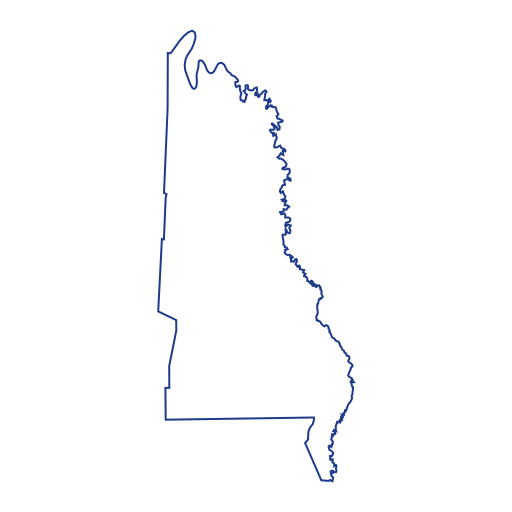 outline of General Manuel Belgrano, Misiones, Argentina
{"feature_id": "61730980B47006381015187", "entity_name": "General Manuel Belgrano", "entity_type": "district", "adm_level": 2, "iso_a3": "ARG", "parent_name": "Argentina", "parent_adm1": "Misiones", "projection": "equal_earth", "projection_center": [-53.829, -25.979], "detail": "fine", "context": "isolated", "style": "outline", "palette": "blue", "viewbox_px": 512, "rotation_deg": 0, "n_neighbors": 0, "source": "geoboundaries", "source_scale": "gbopen_adm2", "svg_char_len": 6031}
<svg xmlns="http://www.w3.org/2000/svg" viewBox="0 0 512 512"><path d="M165.7,419.7L313.9,417.5L314.1,419.3L312.8,424.0L310.0,427.6L309.0,429.8L308.4,432.2L308.0,439.5L305.1,443.0L321.3,480.3L328.6,480.9L330.0,480.0L332.4,481.3L333.1,477.5L331.3,475.6L330.6,471.4L331.4,470.8L333.1,470.8L333.3,471.3L332.9,472.9L334.2,472.0L336.0,472.2L336.5,470.9L335.9,468.7L336.4,466.3L336.1,465.1L335.5,464.9L334.2,466.0L334.2,464.2L333.8,463.1L332.4,462.4L332.8,460.4L332.6,459.3L331.0,459.9L330.1,459.6L330.4,457.7L329.9,456.1L331.1,455.6L331.9,456.0L333.0,454.2L333.2,453.0L331.5,451.0L329.3,449.7L328.6,446.3L329.4,445.7L331.4,447.0L331.8,445.5L331.6,444.9L332.6,444.3L332.3,443.4L332.9,442.7L332.9,441.6L331.2,439.5L331.8,438.0L331.6,436.5L332.1,435.8L332.0,434.8L333.2,435.6L333.4,434.2L335.1,434.0L335.5,433.5L334.6,431.5L333.3,431.3L334.1,429.9L335.7,430.6L335.3,430.0L335.9,429.5L335.6,426.9L336.5,423.8L337.3,423.2L337.0,422.0L339.2,421.4L340.0,422.5L340.3,422.0L339.7,421.4L339.9,419.9L340.4,419.7L341.1,420.7L342.1,420.1L342.0,419.0L341.0,418.0L341.0,416.9L341.3,416.5L341.8,417.4L343.0,417.3L342.3,415.4L343.4,415.7L342.3,414.7L343.8,414.9L343.6,413.7L344.0,413.8L343.9,413.0L344.5,412.4L344.9,410.7L345.4,411.1L345.4,410.3L346.0,410.4L346.4,409.8L348.1,404.7L350.6,401.5L351.7,399.3L352.1,398.2L351.6,395.9L352.2,395.0L353.1,387.8L353.1,387.2L352.3,386.9L351.4,383.7L351.6,382.7L350.7,382.1L350.7,381.6L351.4,381.5L352.1,382.2L353.8,382.2L352.6,380.6L352.7,380.2L351.7,379.9L352.1,379.0L351.6,378.2L348.8,376.6L348.2,375.4L349.1,372.5L350.7,369.4L350.5,368.6L351.6,366.9L352.5,366.4L352.3,364.8L351.6,364.1L348.3,361.6L348.4,360.6L349.4,358.8L349.3,356.7L348.3,355.9L346.7,355.7L346.1,353.5L344.6,352.8L343.8,350.6L342.3,349.6L341.2,346.9L340.3,346.0L339.4,343.5L339.6,343.3L338.3,341.5L336.3,341.1L334.2,338.5L332.0,337.2L330.8,333.8L329.3,331.9L329.9,331.2L329.1,329.7L329.2,329.2L328.5,328.5L328.5,326.8L326.8,325.3L325.8,325.2L324.5,326.4L323.3,325.8L321.2,323.6L320.2,321.7L318.8,320.8L318.0,321.0L317.9,320.5L316.7,320.2L316.8,319.3L316.2,317.9L316.4,316.3L317.7,313.5L317.6,309.6L317.2,308.9L317.3,304.2L318.1,303.8L318.9,299.5L319.6,298.7L320.5,299.1L320.8,298.0L322.0,297.8L322.8,296.8L321.3,293.4L321.7,291.7L321.1,289.9L320.6,289.8L320.7,288.1L320.2,288.2L320.0,286.8L319.0,285.3L318.0,285.9L317.0,285.4L316.6,286.8L315.9,287.0L315.3,286.0L315.4,284.7L313.8,283.7L313.2,286.0L312.5,285.8L311.7,284.1L312.9,282.0L311.7,280.7L310.9,280.9L310.1,283.0L308.3,281.2L307.2,280.8L307.4,278.7L306.8,277.5L306.0,276.7L304.0,276.3L304.2,275.4L305.5,273.9L303.0,272.3L304.2,270.1L299.8,269.2L300.1,267.3L299.5,265.7L298.7,265.7L298.5,266.7L297.6,266.8L295.6,264.1L297.0,261.1L296.4,259.0L294.9,259.5L294.6,260.8L293.7,261.8L292.5,261.3L291.1,261.5L291.2,260.3L290.4,257.7L291.7,258.2L292.7,257.5L292.6,256.9L289.6,254.7L287.9,255.2L286.0,254.2L285.0,253.3L284.6,252.3L285.2,251.4L285.1,249.9L287.6,249.3L286.8,247.7L284.9,247.2L284.6,245.6L283.5,244.8L283.5,241.1L282.4,235.3L282.7,234.6L285.3,234.7L285.8,234.2L285.6,229.2L286.1,229.4L287.2,231.8L288.2,233.0L289.5,233.3L290.2,232.5L290.3,230.3L289.2,227.7L290.8,225.5L288.0,224.4L285.7,226.7L285.1,225.2L285.9,224.5L285.7,223.2L286.2,222.6L289.7,221.5L290.5,218.9L289.0,217.6L285.1,217.4L285.4,215.2L285.0,214.3L284.3,213.7L281.2,214.3L280.0,212.1L283.7,211.5L283.6,209.2L286.4,209.7L287.6,207.9L289.2,206.7L287.3,205.3L284.7,205.3L284.8,204.0L286.3,200.7L285.5,200.2L284.3,201.3L283.3,201.4L282.6,201.1L281.7,199.7L284.0,199.1L285.0,198.1L285.4,196.4L283.3,193.6L283.4,192.4L282.8,191.3L280.7,192.9L279.9,191.5L280.3,189.3L282.0,187.0L282.0,186.0L282.7,185.3L285.0,184.9L284.0,180.5L286.6,179.2L288.0,179.3L289.7,180.6L290.6,180.6L290.4,178.8L287.4,177.1L287.8,174.6L289.6,173.1L289.7,170.0L289.3,169.2L288.1,168.6L286.0,169.4L283.5,169.3L282.3,168.8L282.8,167.8L285.7,166.7L286.6,164.1L283.9,160.4L281.1,158.6L279.2,158.7L277.5,157.3L279.4,155.8L280.7,153.3L283.3,154.9L282.6,150.8L283.2,150.4L285.3,151.4L285.5,150.5L284.8,149.4L281.3,147.9L280.2,145.6L277.3,147.1L275.1,147.6L274.3,147.2L274.2,145.5L275.1,142.7L275.2,140.9L276.3,139.6L276.8,137.4L275.9,135.3L275.9,134.3L273.3,135.9L273.0,134.4L274.0,133.8L274.0,133.1L272.8,132.7L272.3,133.1L271.4,132.5L269.8,130.2L270.2,129.7L273.6,129.7L274.5,129.1L274.8,127.9L274.2,127.5L273.8,126.2L272.0,124.6L271.8,124.0L272.2,123.5L276.5,127.0L277.2,128.0L277.6,130.0L279.4,129.4L279.8,126.9L278.5,125.0L278.1,122.6L282.3,121.7L282.6,120.6L278.9,118.7L277.6,118.7L276.6,116.2L278.4,114.3L278.3,113.8L276.9,111.7L275.7,107.3L271.7,106.7L272.0,105.7L270.8,105.2L268.1,107.1L266.9,108.8L266.0,108.5L266.1,106.5L267.8,104.6L268.2,102.7L269.1,101.6L270.1,102.1L270.8,101.0L269.4,98.8L267.2,100.7L266.3,100.2L264.3,100.1L265.2,95.5L265.1,93.8L266.5,91.9L266.0,90.8L265.1,90.4L262.3,92.4L261.5,93.8L259.6,95.0L259.5,96.4L258.3,96.9L257.6,95.7L257.6,93.3L256.7,93.5L256.5,94.8L255.9,95.3L255.4,95.2L255.1,93.9L257.2,90.4L256.8,87.5L254.3,88.3L253.3,90.0L251.1,90.5L248.8,89.8L247.9,88.8L248.1,86.4L247.6,85.2L245.9,85.3L245.5,85.7L245.7,89.2L245.1,90.3L243.7,91.1L245.0,92.4L245.7,93.9L247.0,94.6L246.1,96.5L246.0,98.7L244.8,100.4L244.6,101.9L243.1,101.6L242.7,100.5L240.9,100.2L240.5,99.1L240.4,96.4L241.4,93.7L240.0,90.1L239.8,85.9L239.1,85.5L236.5,87.1L235.8,86.4L235.4,84.8L235.3,82.1L237.6,81.8L238.1,81.2L238.1,80.4L235.2,76.7L231.6,75.1L230.3,73.2L227.8,71.5L226.6,69.7L224.4,64.9L222.0,63.0L219.6,63.0L217.9,64.2L214.0,71.5L212.2,73.0L210.7,73.2L208.8,72.4L207.2,70.4L205.0,64.8L203.0,61.7L201.5,60.5L199.5,60.5L198.6,62.3L198.4,66.9L196.5,74.9L196.9,81.9L196.5,85.7L195.8,87.6L194.7,88.7L193.7,88.8L192.3,87.9L190.1,83.8L185.8,72.0L185.1,69.8L184.7,64.6L185.7,58.9L187.3,55.4L191.4,49.3L193.1,45.6L195.2,39.2L195.5,36.6L195.1,33.3L194.4,32.1L192.0,30.7L188.3,32.3L184.3,35.6L179.8,40.6L171.3,52.5L170.0,53.3L167.8,52.9L167.6,108.6L164.0,192.9L166.5,194.2L165.7,197.8L163.9,239.4L161.9,239.0L158.2,311.4L176.2,320.1L176.3,330.5L169.2,366.1L169.3,387.9L165.4,387.9L165.7,419.7Z" fill="none" stroke="#1e3a8a" stroke-width="2"/></svg>